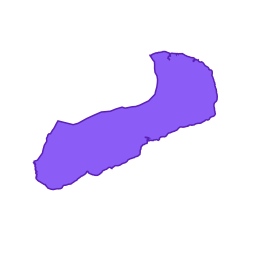 South Erromango, Tafea, Vanuatu (Robinson projection), rotated 310°
{"feature_id": "77236927B89058038610930", "entity_name": "South Erromango", "entity_type": "district", "adm_level": 2, "iso_a3": "VUT", "parent_name": "Vanuatu", "parent_adm1": "Tafea", "projection": "robinson", "projection_center": [169.191, -18.905], "detail": "fine", "context": "isolated", "style": "filled", "palette": "violet", "viewbox_px": 256, "rotation_deg": 310, "n_neighbors": 0, "source": "geoboundaries", "source_scale": "gbopen_adm2", "svg_char_len": 5850}
<svg xmlns="http://www.w3.org/2000/svg" viewBox="0 0 256 256"><g transform="rotate(310 128 128)"><path d="M42.2,77.5L42.0,77.8L41.2,78.0L41.3,78.3L41.0,78.2L41.1,78.6L40.5,78.7L40.4,79.0L40.7,79.0L41.0,79.8L40.6,80.6L40.1,80.8L39.8,80.6L39.6,80.7L39.3,81.3L38.6,81.6L38.6,81.8L38.5,82.0L38.6,82.6L37.9,83.0L37.6,82.9L37.5,83.3L37.4,83.4L37.0,83.4L36.7,83.6L36.7,84.0L36.4,84.0L36.3,84.3L36.1,84.4L36.0,84.7L36.3,85.0L36.3,85.3L36.0,85.4L35.9,86.0L35.5,85.9L35.7,86.4L35.1,86.3L35.0,86.2L34.9,86.3L34.5,86.2L34.2,86.4L33.9,86.7L33.9,87.1L33.7,87.4L33.7,87.6L34.0,88.0L33.5,88.1L33.3,88.4L33.0,88.5L32.8,88.4L32.5,88.7L32.4,89.0L31.9,88.8L31.6,89.1L31.7,89.4L31.4,89.6L30.7,89.5L30.1,90.4L30.2,90.7L29.8,92.6L30.0,93.3L29.9,93.9L30.3,95.4L30.4,97.0L30.6,97.7L30.8,99.4L31.1,100.7L31.5,101.1L31.2,101.4L31.2,102.2L30.9,102.7L30.8,104.0L30.5,105.4L31.7,108.5L32.4,109.6L32.7,110.2L36.0,112.8L36.6,113.8L37.2,114.2L37.7,114.9L38.3,115.3L39.4,115.8L39.9,115.9L41.3,115.5L42.5,115.6L43.0,115.8L44.1,117.0L45.4,117.9L46.3,118.3L47.3,119.2L48.0,119.9L49.0,120.5L50.1,120.6L51.7,121.2L52.8,121.3L55.0,122.3L56.8,122.2L57.8,122.6L58.7,122.6L59.3,122.9L61.2,123.2L61.8,123.7L62.5,124.0L63.2,124.1L64.3,124.6L65.2,124.7L65.9,124.9L66.9,124.7L67.3,124.9L67.6,124.6L68.0,124.4L68.4,124.5L68.8,124.8L68.9,125.4L68.4,126.5L68.3,127.2L69.4,130.9L69.8,131.4L70.6,133.2L71.8,134.7L72.5,135.2L74.5,136.0L75.7,136.0L76.9,136.5L77.6,136.2L79.2,136.2L80.2,136.8L81.1,137.1L82.7,138.1L85.4,138.6L86.0,139.2L86.6,140.0L86.4,140.4L86.4,140.9L86.6,141.7L87.9,141.4L88.8,142.0L90.3,142.1L91.2,142.7L92.3,144.1L93.1,144.9L94.7,145.8L96.5,146.3L97.9,146.9L99.3,148.0L101.1,148.6L102.0,148.7L103.3,148.5L103.8,148.6L105.8,149.4L106.5,150.0L106.9,150.1L108.2,151.0L108.7,151.2L109.3,151.8L110.4,152.0L110.9,152.3L112.1,153.2L113.5,153.8L113.8,153.7L115.3,154.1L117.6,152.7L117.8,152.4L118.1,152.1L119.2,151.5L119.6,151.6L120.8,151.0L121.1,150.6L121.3,150.6L121.4,150.3L121.7,150.2L122.3,150.2L122.9,150.0L123.7,150.4L124.7,150.1L125.0,150.2L125.1,150.4L125.5,150.9L126.7,151.2L127.2,151.6L127.9,151.9L128.4,152.4L128.6,152.4L129.0,152.3L129.2,151.9L130.2,151.6L130.5,150.9L131.3,150.3L131.7,150.3L132.5,150.7L132.9,150.7L133.2,150.5L133.4,150.1L133.0,149.4L133.2,149.5L133.2,149.2L131.7,146.6L133.2,148.9L133.5,149.9L133.6,150.0L133.5,149.6L133.7,149.9L133.6,150.2L133.3,150.7L132.6,151.0L131.9,150.6L131.4,150.6L131.2,151.0L130.9,151.2L130.9,151.5L131.3,151.9L131.7,152.1L132.0,152.6L132.3,152.6L132.7,152.8L134.6,155.4L135.4,155.5L135.7,155.6L136.2,156.4L137.3,157.1L137.7,157.8L138.0,159.1L139.0,159.4L139.6,159.3L139.8,159.0L140.4,158.7L142.4,158.9L142.8,159.2L142.9,159.7L143.9,160.3L144.5,161.4L145.3,162.0L146.6,162.4L147.5,162.3L148.8,162.2L149.6,162.2L150.3,162.4L151.3,163.3L153.0,164.1L154.4,164.9L155.3,165.6L156.8,166.2L157.6,166.7L158.8,166.9L159.8,166.8L161.8,167.1L162.8,167.7L163.7,169.2L164.7,170.3L166.7,171.7L167.6,172.5L168.2,172.5L168.4,173.0L168.6,173.1L169.3,172.9L169.9,173.3L170.9,174.4L170.9,174.7L171.2,175.2L171.8,175.6L173.0,176.7L174.7,177.1L175.8,178.1L176.5,178.5L177.3,179.5L178.5,180.6L179.9,181.1L180.3,181.1L180.7,181.4L181.9,181.8L182.9,182.3L183.5,182.2L184.3,182.5L184.8,182.9L185.4,184.0L186.3,184.5L186.9,184.6L188.6,184.3L189.4,184.4L191.0,185.2L191.3,185.6L191.6,185.7L192.5,186.1L193.5,186.2L195.0,185.8L195.5,185.2L195.8,184.5L196.7,183.8L197.0,183.1L197.5,182.5L198.2,182.1L198.4,181.7L198.7,181.5L199.6,180.2L200.0,179.7L201.8,178.4L202.8,178.2L204.0,178.2L204.8,178.4L205.7,178.4L207.4,177.7L208.3,176.9L209.2,176.4L211.2,174.3L211.4,173.8L211.9,173.1L212.2,172.8L212.6,172.6L213.8,171.2L214.3,170.8L214.8,169.6L215.1,169.2L215.4,168.6L215.8,168.3L215.9,167.7L216.2,167.3L217.4,166.6L217.5,166.3L217.4,166.1L217.9,165.8L218.4,165.3L218.9,164.0L220.3,162.2L220.7,161.3L221.5,160.2L221.8,159.4L222.4,158.2L223.2,158.0L223.6,157.6L224.3,157.2L225.5,156.0L225.7,155.6L225.9,154.8L225.4,153.7L225.0,153.2L225.1,152.9L224.9,152.3L225.5,151.9L225.9,150.4L225.6,148.3L225.4,147.7L225.3,147.1L225.5,146.6L225.5,146.1L226.1,144.3L226.2,142.9L226.1,142.4L225.8,142.0L225.9,141.8L225.2,141.4L224.9,141.0L224.9,140.7L224.5,139.8L224.6,138.9L225.0,138.5L224.8,138.3L224.9,137.9L225.1,137.8L224.6,137.5L224.4,137.1L224.4,136.4L224.1,135.7L223.4,135.3L222.8,135.7L222.4,135.6L222.3,135.4L222.2,134.8L221.5,135.1L220.7,135.8L221.1,135.1L221.8,134.5L222.4,134.7L222.8,135.0L223.2,134.9L223.5,135.0L224.0,134.4L224.0,133.5L223.8,132.9L222.4,130.8L221.8,129.0L220.9,127.2L220.9,126.8L220.4,125.0L220.2,123.4L219.9,122.7L220.1,122.1L219.6,121.4L218.8,120.8L218.5,120.1L217.5,119.2L217.2,118.9L216.8,119.0L217.0,118.5L216.6,117.7L216.1,117.6L215.4,117.8L215.8,117.2L215.8,116.8L214.6,115.3L213.4,113.4L212.4,112.8L211.5,112.9L210.9,113.4L210.7,113.9L210.3,114.2L209.7,113.5L209.4,113.4L208.3,113.3L207.2,113.8L207.2,114.0L207.4,114.9L207.0,115.8L207.2,116.5L206.9,115.8L207.3,114.8L207.0,113.8L208.2,113.2L209.4,113.2L209.9,113.4L210.4,113.2L210.9,112.7L211.6,112.5L212.0,112.5L212.0,112.0L211.7,110.9L211.2,109.7L211.0,108.7L210.5,107.6L210.4,107.2L209.0,105.6L208.8,105.6L208.0,105.2L207.7,104.8L206.9,104.2L206.6,104.1L206.5,103.8L205.5,102.9L205.4,102.6L204.1,102.2L204.1,101.9L203.6,101.2L201.6,100.1L201.4,100.1L200.4,99.4L200.1,99.4L199.8,99.2L199.5,99.3L198.8,98.9L198.1,99.3L198.2,99.1L198.1,98.8L198.2,98.5L197.8,98.1L197.6,98.4L197.1,100.4L196.1,103.4L195.8,105.6L193.3,108.0L190.8,110.0L188.0,113.0L186.5,116.8L184.0,119.6L181.5,121.5L178.0,123.7L173.2,125.9L171.2,127.0L162.1,126.4L153.0,122.3L149.3,120.0L147.1,117.7L141.3,113.0L140.2,110.1L134.9,106.6L129.5,103.7L123.1,97.3L116.1,93.8L108.7,90.3L99.6,86.8L95.3,83.9L88.4,69.8L85.5,70.3L81.7,71.2L79.6,71.6L77.8,71.6L73.8,72.3L72.5,71.1L71.2,71.1L69.5,71.9L67.8,72.2L65.6,74.3L61.0,75.0L57.3,76.7L53.7,78.6L45.1,79.3L42.2,77.5Z" fill="#8b5cf6" stroke="#5b21b6" stroke-width="1.5"/></g></svg>